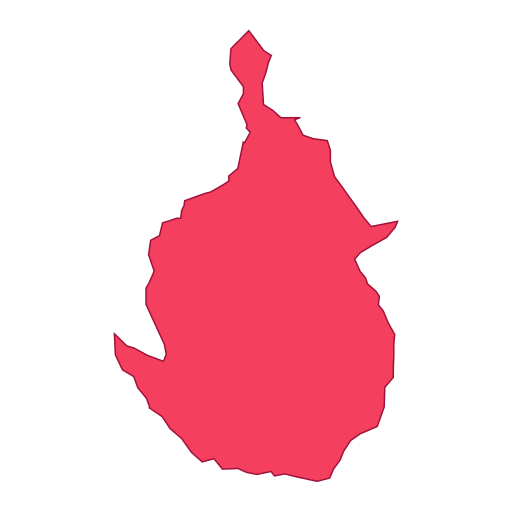 Kosi, Larnaca, Cyprus
{"feature_id": "46923920B21687846185462", "entity_name": "Kosi", "entity_type": "district", "adm_level": 2, "iso_a3": "CYP", "parent_name": "Cyprus", "parent_adm1": "Larnaca", "projection": "albers", "projection_center": [33.514, 34.977], "detail": "fine", "context": "isolated", "style": "filled", "palette": "rose", "viewbox_px": 512, "rotation_deg": 0, "n_neighbors": 0, "source": "geoboundaries", "source_scale": "gbopen_adm2", "svg_char_len": 1703}
<svg xmlns="http://www.w3.org/2000/svg" viewBox="0 0 512 512"><path d="M154.1,271.2L152.5,275.1L148.8,283.4L146.0,288.1L146.0,304.4L162.9,341.1L164.4,344.3L165.2,348.7L166.2,354.2L166.1,354.6L164.5,358.8L163.5,361.3L163.1,361.2L148.4,355.7L146.6,355.0L139.9,351.2L133.9,348.0L126.8,345.9L126.7,345.8L125.9,345.0L114.4,333.8L115.4,354.9L122.5,369.9L133.8,376.6L137.8,387.8L146.4,398.2L149.6,406.9L149.2,407.8L162.2,416.6L170.1,428.6L181.7,438.6L191.5,452.4L202.2,461.9L214.0,458.7L222.4,469.1L238.1,468.5L241.0,469.9L246.7,472.4L257.0,474.4L271.0,471.5L274.5,475.9L284.8,473.9L296.2,476.8L317.2,481.3L329.7,478.0L333.6,468.9L339.1,461.4L340.2,459.8L343.7,451.1L350.5,440.6L360.1,433.8L377.2,426.5L384.2,406.9L384.8,387.3L393.2,377.5L393.4,365.9L393.8,355.2L393.8,344.3L394.7,334.5L388.2,322.8L383.3,311.0L378.3,304.7L379.4,296.4L375.9,291.2L367.6,284.0L365.4,277.7L360.1,271.4L354.7,259.2L360.3,252.6L372.0,245.6L386.7,237.4L395.0,227.4L397.3,222.1L397.6,221.3L371.1,226.5L363.9,217.8L354.7,204.5L348.5,196.0L342.4,187.3L334.5,176.6L330.4,161.8L330.4,150.4L327.3,140.6L313.1,138.7L303.0,135.2L298.6,126.7L294.6,119.7L300.3,117.7L280.8,117.7L273.0,110.6L263.5,104.5L262.2,82.9L265.4,74.2L268.7,61.8L271.3,55.4L271.1,55.4L263.9,50.8L248.8,30.7L231.2,48.4L230.8,49.8L229.8,64.2L231.0,70.0L243.4,86.7L243.4,93.7L238.1,103.6L247.0,124.7L246.3,128.0L250.2,132.4L244.5,142.8L243.3,142.1L237.8,168.5L228.8,176.0L228.8,181.1L221.5,185.8L210.1,192.2L205.1,193.4L184.7,200.7L184.1,205.5L181.6,210.6L181.4,212.7L180.7,218.3L176.6,218.3L173.8,219.2L168.8,221.0L165.2,222.0L162.6,222.8L160.9,229.8L159.5,235.6L150.7,240.3L148.6,254.6L154.2,271.1L154.1,271.2Z" fill="#f43f5e" stroke="#9f1239" stroke-width="1.5"/></svg>